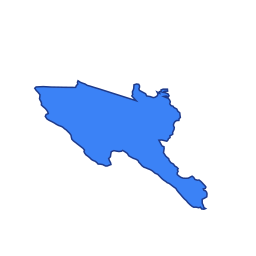 the district of Itabuna, Bahia, Brazil, rotated 291°
{"feature_id": "56859067B9153325788025", "entity_name": "Itabuna", "entity_type": "district", "adm_level": 2, "iso_a3": "BRA", "parent_name": "Brazil", "parent_adm1": "Bahia", "projection": "equal_earth", "projection_center": [-39.322, -14.862], "detail": "fine", "context": "isolated", "style": "filled", "palette": "blue", "viewbox_px": 256, "rotation_deg": 291, "n_neighbors": 0, "source": "geoboundaries", "source_scale": "gbopen_adm2", "svg_char_len": 3035}
<svg xmlns="http://www.w3.org/2000/svg" viewBox="0 0 256 256"><g transform="rotate(291 128 128)"><path d="M83.6,113.0L84.3,115.0L84.8,117.5L84.6,119.1L84.5,120.9L85.2,122.4L86.5,123.7L87.8,125.2L89.3,124.2L90.9,122.4L92.5,120.9L94.9,121.9L97.8,121.2L99.9,120.9L101.8,122.9L102.3,125.7L102.8,128.0L103.9,130.1L105.2,131.1L104.6,134.2L104.0,136.5L102.3,138.7L101.9,141.3L101.6,143.8L101.7,146.6L101.3,149.0L100.0,150.3L99.0,152.4L97.8,154.5L97.1,156.9L97.2,159.1L97.1,161.2L97.1,163.7L96.7,166.1L95.5,169.4L95.4,172.4L94.2,175.0L92.9,177.7L92.1,180.1L91.6,182.5L91.0,184.2L91.0,186.2L90.5,188.1L89.9,190.0L89.2,192.4L88.8,194.3L87.5,195.9L86.1,198.2L85.2,200.0L84.4,201.5L83.6,202.9L82.8,204.4L82.0,206.0L81.1,208.5L79.8,210.7L78.6,213.5L77.8,216.0L77.6,217.8L78.5,219.9L78.9,222.6L80.0,224.0L78.8,225.7L79.4,228.0L80.6,229.3L80.9,227.4L82.7,226.0L84.3,224.3L86.0,223.6L88.0,222.8L89.5,224.2L90.7,225.2L92.0,226.2L93.4,225.8L94.8,225.4L96.2,224.4L97.1,222.9L97.0,221.2L98.1,220.1L99.3,221.8L100.8,221.9L101.7,220.5L102.7,218.4L103.6,216.6L104.3,215.0L104.9,213.0L104.1,211.4L104.0,208.9L105.5,206.9L106.0,205.1L104.1,203.4L102.8,202.3L101.9,200.3L100.9,197.5L100.9,194.9L101.5,192.6L102.2,190.7L103.7,190.0L105.5,190.3L106.6,189.1L108.0,189.4L108.9,187.5L109.3,185.2L110.6,183.4L111.0,180.3L112.6,178.0L114.0,176.9L114.7,174.7L115.4,173.0L116.5,171.7L117.6,170.0L119.4,169.6L121.7,169.1L123.4,168.3L123.4,166.4L124.3,165.1L127.7,161.2L128.9,163.8L129.2,166.2L129.6,169.0L131.1,169.6L132.5,169.6L134.1,170.7L135.9,169.9L137.2,171.3L138.4,172.0L139.5,171.3L141.0,171.3L143.1,171.5L145.2,171.0L146.2,169.8L147.6,169.2L149.0,169.2L150.6,169.5L152.3,170.6L153.3,172.8L155.0,172.4L156.6,173.1L158.9,171.8L160.7,170.9L161.5,168.5L163.2,166.7L163.6,163.5L164.5,162.2L164.3,160.2L165.5,158.3L167.6,158.1L169.0,156.8L170.1,155.0L170.1,152.2L170.2,150.0L171.5,152.1L171.6,154.5L172.8,154.8L174.2,153.1L174.3,150.0L173.9,147.9L175.4,149.0L176.6,151.8L178.4,150.9L177.8,149.4L176.8,146.8L175.4,145.2L174.0,145.8L173.2,144.3L171.7,145.2L172.0,142.2L170.5,143.8L168.6,143.8L166.5,142.4L165.4,140.7L165.3,137.4L164.6,134.0L166.3,132.1L167.2,125.3L168.4,124.1L169.8,124.2L171.4,123.7L172.6,122.4L172.2,120.3L170.5,118.1L168.8,118.6L167.3,119.1L165.4,119.3L163.6,119.1L162.3,119.6L161.0,120.4L159.3,120.1L156.4,125.8L154.1,86.3L153.8,82.5L153.5,77.7L153.2,74.7L153.7,72.1L153.6,69.7L153.6,67.2L154.2,64.4L152.5,64.4L151.0,65.4L149.2,64.6L147.1,64.5L142.8,52.9L141.8,50.1L138.7,41.6L136.3,34.1L133.4,27.5L131.7,26.7L130.2,28.8L129.1,31.2L127.5,33.9L125.5,34.5L123.6,34.9L122.5,36.0L121.5,37.3L119.9,38.5L118.5,38.8L117.6,40.9L116.6,43.8L115.4,45.9L114.5,47.1L112.9,48.4L111.3,46.7L109.2,46.6L107.4,49.2L106.9,51.7L106.6,55.1L106.2,57.9L105.8,59.6L105.5,62.3L105.6,65.4L105.3,67.1L104.5,69.1L104.1,71.0L103.1,73.2L102.1,75.5L100.8,77.4L99.1,78.4L97.4,79.6L96.4,81.7L92.9,93.3L91.8,95.3L90.4,95.3L89.3,96.2L87.9,98.3L87.3,100.6L86.5,103.0L85.5,105.2L85.2,107.2L85.2,109.3L84.5,111.4L83.6,113.0Z" fill="#3b82f6" stroke="#1e3a8a" stroke-width="1.5"/></g></svg>